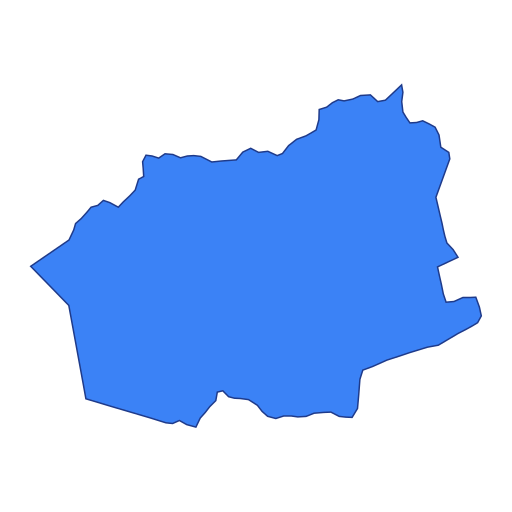 São Lourenço da Mata, Pernambuco, Brazil
{"feature_id": "56859067B70092057615278", "entity_name": "São Lourenço da Mata", "entity_type": "district", "adm_level": 2, "iso_a3": "BRA", "parent_name": "Brazil", "parent_adm1": "Pernambuco", "projection": "natural_earth1", "projection_center": [-35.088, -8.017], "detail": "fine", "context": "isolated", "style": "filled", "palette": "blue", "viewbox_px": 512, "rotation_deg": 0, "n_neighbors": 0, "source": "geoboundaries", "source_scale": "gbopen_adm2", "svg_char_len": 1757}
<svg xmlns="http://www.w3.org/2000/svg" viewBox="0 0 512 512"><path d="M401.6,84.9L385.4,100.2L377.7,101.6L370.4,94.9L360.5,95.5L352.7,99.1L344.1,100.9L338.2,99.8L332.4,102.7L326.6,107.2L319.2,109.5L318.9,119.7L316.1,130.0L306.1,135.8L296.6,139.3L288.6,145.6L282.5,153.5L277.2,155.6L267.8,151.3L258.6,152.4L250.7,148.3L242.8,152.1L236.3,159.9L221.3,161.0L211.8,162.0L200.8,156.4L193.7,155.6L187.3,156.0L180.5,157.8L172.9,154.5L165.0,153.8L158.7,158.1L152.1,156.0L146.0,155.2L142.6,161.7L143.2,168.5L143.7,176.5L138.6,179.2L135.2,190.1L129.8,195.8L123.3,201.9L118.3,207.2L109.8,202.6L103.4,200.4L97.8,205.4L91.1,207.2L86.6,212.6L81.3,218.5L75.6,223.5L73.7,230.0L69.0,240.0L30.7,266.3L68.8,305.4L75.2,340.2L83.1,383.3L85.9,398.8L112.2,406.7L149.9,417.8L165.9,422.8L172.6,423.5L179.4,420.5L186.7,424.6L195.9,427.1L200.2,418.1L205.3,412.4L209.7,406.7L215.8,400.6L217.3,392.1L222.8,390.8L228.6,396.7L234.4,398.2L240.3,398.5L248.5,399.6L257.4,405.3L262.1,411.4L267.6,416.3L275.8,418.5L283.7,416.0L291.4,416.0L297.8,416.9L306.1,416.4L314.1,413.2L323.9,412.4L330.9,412.1L339.2,416.4L345.6,417.1L352.1,417.4L357.5,408.5L358.7,394.9L359.9,379.3L362.8,370.1L372.6,366.5L386.9,360.1L402.3,355.1L409.7,352.6L417.6,350.2L427.3,347.2L438.3,345.2L458.0,333.5L466.5,329.1L472.3,325.9L477.6,322.7L481.3,315.9L479.4,307.1L475.8,297.2L469.9,297.5L462.9,297.5L454.0,301.5L446.1,302.2L443.3,293.9L441.4,284.5L439.6,276.6L437.5,266.9L448.8,261.6L458.0,257.3L453.1,249.6L446.9,243.0L444.9,236.4L443.3,229.6L442.0,223.2L440.2,215.7L437.9,205.8L435.9,197.3L449.8,158.9L448.8,152.4L440.8,147.2L439.0,135.0L435.1,127.2L429.3,124.0L422.7,120.8L416.6,122.5L409.9,122.9L406.2,117.5L402.9,112.0L401.7,101.6L402.9,92.3L401.6,84.9Z" fill="#3b82f6" stroke="#1e3a8a" stroke-width="1.5"/></svg>